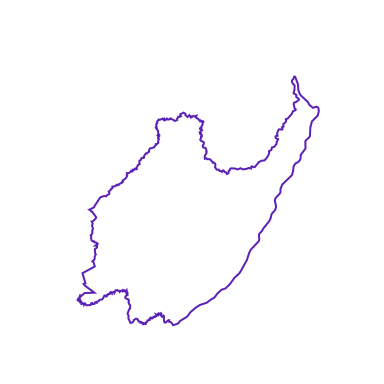 outline of Rorainópolis, Roraima, Brazil, rotated 203°
{"feature_id": "56859067B89406114023210", "entity_name": "Rorainópolis", "entity_type": "district", "adm_level": 2, "iso_a3": "BRA", "parent_name": "Brazil", "parent_adm1": "Roraima", "projection": "natural_earth1", "projection_center": [-60.884, -0.216], "detail": "fine", "context": "isolated", "style": "outline", "palette": "violet", "viewbox_px": 384, "rotation_deg": 203, "n_neighbors": 0, "source": "geoboundaries", "source_scale": "gbopen_adm2", "svg_char_len": 5998}
<svg xmlns="http://www.w3.org/2000/svg" viewBox="0 0 384 384"><g transform="rotate(203 192 192)"><path d="M143.0,338.2L142.9,335.5L143.5,333.9L143.2,332.7L142.4,331.7L139.1,330.0L137.6,326.0L137.1,322.6L133.8,322.1L133.1,320.1L131.1,319.8L130.0,319.3L129.6,318.5L131.4,315.5L133.0,314.0L132.7,312.5L130.3,309.2L128.7,308.5L128.9,307.6L130.7,305.6L130.6,303.2L132.6,297.0L134.1,295.8L133.1,294.2L133.1,292.9L134.5,290.0L133.3,288.0L134.5,286.8L133.3,285.4L133.4,284.7L136.4,283.7L136.7,282.8L136.6,279.3L135.2,277.2L136.6,276.5L136.7,275.3L135.9,274.3L133.3,274.3L133.6,271.2L133.0,269.3L133.9,265.8L135.8,264.2L135.4,261.6L137.1,259.8L136.2,258.2L136.1,255.1L137.1,250.7L137.9,249.1L139.7,248.4L142.1,245.7L143.9,239.6L144.5,239.0L147.0,239.0L147.3,238.5L146.8,236.7L149.3,236.2L150.8,234.6L154.0,232.7L156.5,232.9L159.0,230.5L161.3,230.5L165.3,229.1L165.9,227.9L165.8,226.6L166.5,225.5L165.8,223.6L166.9,222.2L168.2,223.2L169.9,223.2L171.4,224.2L172.1,223.8L172.3,222.3L173.1,222.7L174.7,222.1L176.1,223.1L177.1,222.4L178.0,222.3L180.5,223.8L181.0,226.1L181.8,227.2L183.5,227.4L184.2,227.0L184.8,227.9L186.2,228.0L187.4,228.9L188.6,229.1L190.8,228.1L191.9,228.7L193.1,227.6L194.1,229.2L194.3,230.9L193.8,233.6L194.7,234.5L194.5,235.4L196.8,237.9L199.0,237.3L199.9,238.1L200.2,239.1L199.9,240.7L200.5,242.4L203.9,242.7L204.9,243.4L204.7,244.3L205.3,246.4L204.7,246.7L205.1,248.2L206.3,248.4L206.6,249.5L207.4,248.9L208.2,249.8L207.7,251.8L206.8,252.8L208.1,253.6L209.4,253.3L209.6,253.7L208.4,254.9L209.0,255.9L208.5,257.3L209.2,260.1L208.9,261.1L209.7,261.5L210.4,260.5L211.1,260.9L212.0,260.3L212.3,261.2L211.6,261.6L213.5,260.9L215.1,261.9L216.2,261.7L217.6,262.3L217.8,264.0L219.4,262.5L220.7,262.4L221.2,261.2L222.3,261.3L222.3,260.2L224.5,261.7L225.4,259.3L228.1,260.2L228.6,261.4L230.7,261.8L233.2,258.9L232.9,258.1L231.8,257.4L232.8,256.3L234.1,255.9L234.3,253.6L233.7,252.5L235.7,250.6L237.6,251.2L239.6,251.0L240.3,251.5L241.1,250.7L241.1,250.0L243.1,249.1L243.6,249.8L244.0,249.7L244.3,248.3L245.3,247.3L246.2,248.5L246.7,247.5L247.6,248.1L250.0,245.7L251.0,245.7L251.7,242.7L250.9,242.1L251.4,240.1L250.2,238.6L250.6,237.2L250.0,236.6L249.3,236.9L248.0,235.3L247.1,235.0L245.6,232.0L245.7,231.3L244.8,231.9L244.3,231.7L243.9,230.3L244.8,229.9L244.1,228.0L243.2,227.8L242.9,224.8L242.2,224.1L242.9,222.7L243.9,222.0L243.5,221.4L244.2,220.0L244.2,218.4L247.8,215.5L247.9,213.6L247.2,212.4L248.5,210.7L248.5,209.8L249.6,209.4L250.2,206.1L249.6,205.1L249.8,204.5L251.6,203.7L251.7,201.2L252.6,200.3L251.8,197.9L251.1,197.2L252.3,195.6L252.5,192.9L251.8,191.4L252.2,191.1L252.7,191.7L253.7,191.2L254.1,189.5L255.3,189.4L254.9,187.7L256.2,187.7L256.0,187.1L257.6,184.8L259.3,183.9L258.3,182.5L258.7,181.9L257.9,180.7L258.7,177.9L260.3,175.6L259.8,175.0L260.6,173.1L260.2,173.1L262.7,170.1L262.4,169.8L263.4,168.9L264.1,169.2L265.3,167.0L267.4,165.8L266.8,164.9L266.9,164.0L267.7,163.4L267.7,161.9L268.9,159.9L267.5,158.6L267.5,157.6L269.1,155.7L269.3,154.5L271.3,154.0L274.3,151.3L276.3,140.5L276.1,139.7L279.5,135.7L278.6,135.7L277.4,134.7L276.4,135.0L270.3,131.3L270.2,130.3L271.2,127.6L272.2,125.8L272.7,125.6L271.0,124.0L271.0,122.1L268.8,119.7L268.8,117.3L268.2,116.8L267.6,114.6L268.3,112.5L267.5,112.1L267.0,110.3L265.7,108.4L264.5,107.9L262.8,108.3L262.4,107.6L260.4,108.0L258.6,107.5L260.0,104.9L258.4,105.6L257.7,103.9L259.1,101.3L257.1,97.6L256.2,97.0L256.3,94.4L255.4,92.0L256.6,89.2L255.3,89.1L252.4,85.5L261.1,74.4L254.4,66.3L255.8,65.0L254.1,64.0L242.5,61.2L251.4,57.0L253.3,53.0L254.6,53.2L254.6,51.4L253.9,51.3L253.9,49.2L255.1,49.2L255.0,47.7L254.1,47.4L252.9,49.0L252.0,48.4L252.2,47.2L251.8,46.7L250.7,47.3L250.1,45.6L249.8,45.6L249.7,46.7L249.0,46.9L248.8,46.6L247.8,47.2L247.2,46.0L246.7,47.5L244.9,46.5L241.4,48.2L241.0,48.9L241.3,50.3L240.6,50.8L239.9,49.9L238.0,50.9L238.0,52.6L236.4,52.8L236.8,53.8L235.2,55.1L235.0,56.6L232.9,57.9L232.3,59.5L232.2,62.5L231.0,62.9L230.2,62.2L229.6,63.0L229.8,64.3L229.2,64.7L229.4,65.1L227.8,66.2L228.4,66.2L227.8,68.0L226.6,67.6L227.1,68.3L225.7,68.7L224.8,69.7L224.0,68.7L223.9,69.5L224.4,70.0L223.7,71.1L223.9,71.6L222.3,72.5L221.3,72.1L220.8,72.6L219.5,71.8L219.1,73.1L218.3,73.4L217.7,74.4L217.1,73.7L216.6,74.8L215.9,75.0L215.8,74.0L215.5,74.1L214.4,75.4L213.7,74.4L213.6,75.7L212.6,74.1L211.9,74.0L211.8,72.5L211.1,72.2L211.0,71.8L211.8,71.5L212.4,69.8L212.1,68.5L209.6,68.0L208.7,68.4L207.5,67.3L207.5,65.9L206.5,65.0L206.5,64.5L204.8,63.6L203.4,60.8L204.0,59.5L203.8,54.8L201.9,53.2L201.6,51.7L200.8,50.5L197.6,47.5L195.9,48.5L195.3,50.5L195.6,51.3L194.1,53.5L192.4,53.7L190.7,52.0L189.5,52.4L188.5,51.5L187.7,52.5L186.9,51.9L185.9,52.3L185.5,50.4L184.9,52.4L183.3,52.1L183.0,52.5L183.6,53.8L182.6,54.8L182.8,56.4L181.0,57.5L181.6,58.4L180.6,59.4L181.2,60.0L180.9,60.4L179.6,59.8L178.8,60.4L178.9,61.6L177.8,62.9L177.3,62.5L176.4,63.5L176.8,63.9L176.4,64.9L177.0,65.3L175.1,65.3L175.2,66.0L175.9,66.0L175.2,67.4L173.7,66.7L173.2,68.3L172.5,67.9L172.5,66.4L171.9,66.0L170.9,66.4L170.6,65.5L169.6,65.9L169.6,66.9L169.2,66.8L168.2,63.8L166.8,61.6L166.1,61.2L165.4,61.4L163.6,64.8L162.9,65.1L162.5,63.7L160.8,63.9L158.6,63.0L157.5,62.0L157.0,62.2L153.4,65.6L152.5,68.8L147.7,75.4L146.5,80.8L143.5,86.7L140.6,91.1L135.2,95.8L132.0,101.3L130.2,103.3L128.9,108.5L126.7,113.5L123.6,116.2L121.1,122.0L119.4,129.6L116.7,135.5L116.1,138.9L114.9,150.8L115.6,158.3L115.4,161.8L111.3,172.9L111.6,174.7L113.6,178.6L113.8,179.6L112.3,183.7L112.0,186.7L109.6,195.1L109.3,197.9L110.1,202.9L108.5,207.7L108.7,210.5L110.0,213.3L112.3,216.1L112.8,218.7L110.5,225.2L110.6,226.7L111.7,229.2L111.9,234.1L106.6,246.5L107.1,250.9L108.3,254.4L108.4,257.0L107.7,259.0L105.9,261.1L105.1,263.5L105.1,265.0L106.4,268.8L104.5,276.3L107.5,283.0L107.1,284.8L105.7,287.4L105.3,289.7L108.2,297.4L109.2,303.8L106.1,311.6L106.8,315.6L107.8,317.8L109.1,319.1L111.2,319.0L113.0,317.0L113.7,316.8L118.3,318.2L120.4,320.1L129.1,323.2L130.9,324.2L134.0,327.4L136.5,332.5L141.5,337.8L142.3,338.4L143.0,338.2Z" fill="none" stroke="#5b21b6" stroke-width="2"/></g></svg>